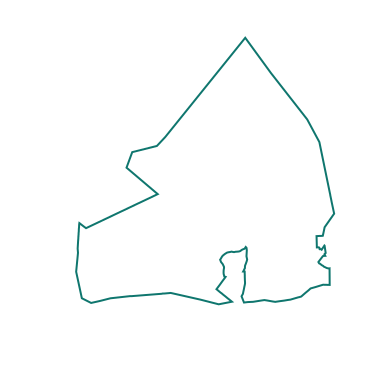 the district of Santo Tomás Jalieza, Oaxaca, Mexico, rotated 253°
{"feature_id": "50627088B89424394811224", "entity_name": "Santo Tomás Jalieza", "entity_type": "district", "adm_level": 2, "iso_a3": "MEX", "parent_name": "Mexico", "parent_adm1": "Oaxaca", "projection": "mercator", "projection_center": [-96.659, 16.876], "detail": "fine", "context": "isolated", "style": "outline", "palette": "teal", "viewbox_px": 384, "rotation_deg": 253, "n_neighbors": 0, "source": "geoboundaries", "source_scale": "gbopen_adm2", "svg_char_len": 2936}
<svg xmlns="http://www.w3.org/2000/svg" viewBox="0 0 384 384"><g transform="rotate(253 192 192)"><path d="M114.2,82.9L110.5,102.5L110.0,104.1L103.5,133.4L103.5,134.2L103.0,135.9L102.1,140.1L101.7,142.1L100.7,143.9L86.6,168.6L76.8,184.7L75.4,198.1L76.3,197.5L78.7,195.9L79.8,195.1L82.4,193.4L84.7,191.8L86.6,190.6L87.3,190.0L91.9,187.0L95.1,191.4L97.0,193.9L98.2,195.5L100.7,198.9L101.0,199.3L101.8,198.2L103.4,198.3L104.3,198.3L105.6,198.6L106.8,199.0L107.9,199.4L109.2,200.0L110.1,200.5L110.4,200.5L111.1,200.7L112.6,200.5L114.0,200.3L115.0,199.9L116.5,199.3L119.0,199.1L119.3,199.5L120.3,200.6L120.9,201.2L121.2,201.6L121.6,202.0L122.2,203.0L123.1,205.2L123.8,207.8L123.7,209.4L123.5,210.7L123.4,212.4L122.7,213.6L122.2,214.6L122.1,216.2L121.7,217.9L121.4,219.4L121.4,220.7L121.5,221.1L122.1,222.7L122.3,224.1L122.4,225.7L123.7,227.3L122.6,227.8L120.3,227.4L116.5,226.0L114.6,225.3L113.6,225.2L111.3,225.0L109.7,224.0L107.8,222.6L106.2,221.3L104.9,220.7L103.8,220.4L102.9,219.5L101.8,218.5L101.0,217.7L100.5,219.1L99.4,218.8L98.4,218.5L96.8,218.1L95.2,217.6L94.4,217.4L92.2,216.8L91.8,216.7L90.5,216.4L89.1,216.0L88.1,215.5L87.0,214.9L86.5,214.6L83.5,213.0L82.1,212.2L79.7,210.9L77.8,208.9L71.1,209.4L70.4,213.3L69.1,218.4L68.0,226.3L67.5,229.6L66.4,231.9L63.8,237.0L62.6,239.5L62.4,240.9L61.9,244.2L61.2,248.4L60.7,252.2L60.3,254.6L60.2,263.1L60.1,263.6L60.1,264.0L60.1,265.9L61.4,268.8L62.5,271.3L63.2,273.0L63.7,274.2L64.1,275.1L65.1,277.2L65.0,282.1L65.0,290.2L62.9,296.5L78.7,301.2L78.7,300.9L78.8,300.8L78.9,300.7L79.0,300.3L79.0,300.2L79.2,299.9L79.3,299.7L79.6,299.1L80.1,298.4L81.1,297.4L81.8,296.5L82.3,296.2L83.1,295.7L84.1,294.7L85.3,293.9L86.2,293.2L86.6,292.7L87.9,292.4L88.1,292.4L92.4,298.4L92.4,298.8L92.4,299.2L92.0,300.8L93.5,300.6L93.8,300.5L94.2,301.2L94.6,302.0L101.9,303.1L102.1,303.0L98.9,299.1L99.7,298.5L99.9,298.0L99.9,297.5L100.2,297.3L100.9,297.4L101.4,297.5L101.5,297.5L101.8,297.3L102.1,296.8L102.5,295.2L113.0,298.1L113.4,298.2L112.9,300.3L112.0,303.6L112.0,303.8L111.9,304.3L112.4,304.6L113.0,304.9L113.2,305.0L113.3,305.1L113.9,305.4L114.0,305.5L114.4,305.7L115.3,306.2L116.9,307.1L118.2,307.8L119.5,308.5L129.1,320.8L129.7,321.6L141.3,322.6L143.2,322.8L148.6,323.3L149.0,323.4L150.3,323.5L202.5,328.4L227.7,323.4L282.6,302.3L323.9,288.0L252.4,182.5L246.3,171.9L247.6,146.5L234.4,136.5L200.0,158.6L197.2,139.8L196.9,137.8L196.9,137.6L193.6,115.3L188.4,80.1L190.4,78.6L195.2,75.2L194.6,74.9L193.9,74.6L193.7,74.6L193.4,74.4L193.1,74.3L192.8,74.2L192.0,73.9L191.7,73.8L191.4,73.7L190.9,73.5L190.5,73.3L190.0,73.1L189.7,73.0L188.9,72.7L188.6,72.6L188.3,72.5L187.4,72.2L186.0,71.6L185.9,71.6L185.5,71.4L185.1,71.3L184.8,71.2L184.2,71.0L184.1,70.9L183.0,70.5L182.9,70.5L182.8,70.4L182.3,70.2L181.7,70.0L180.8,69.7L180.1,69.4L179.6,69.2L179.4,69.2L179.1,69.0L177.2,68.3L171.3,66.1L167.2,65.2L149.6,57.9L122.6,55.6L115.4,63.1L114.7,72.2L114.2,82.9Z" fill="none" stroke="#0f766e" stroke-width="2"/></g></svg>